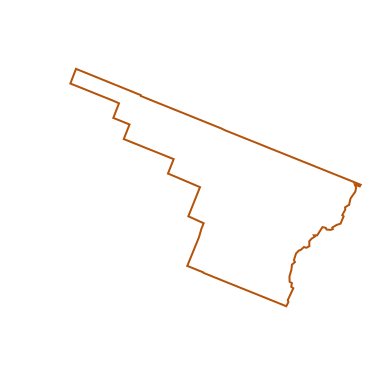 outline of Deschutes, Oregon, United States of America, rotated 202°
{"feature_id": "52423323B1877427003284", "entity_name": "Deschutes", "entity_type": "district", "adm_level": 2, "iso_a3": "USA", "parent_name": "United States of America", "parent_adm1": "Oregon", "projection": "robinson", "projection_center": [-121.474, 44.002], "detail": "fine", "context": "isolated", "style": "outline", "palette": "amber", "viewbox_px": 384, "rotation_deg": 202, "n_neighbors": 0, "source": "geoboundaries", "source_scale": "gbopen_adm2", "svg_char_len": 927}
<svg xmlns="http://www.w3.org/2000/svg" viewBox="0 0 384 384"><g transform="rotate(202 192 192)"><path d="M168.7,121.7L151.4,121.7L151.0,121.3L61.8,121.4L61.4,126.1L62.7,127.7L62.0,140.7L64.5,141.3L65.2,144.9L67.9,145.4L70.0,150.2L70.7,157.1L72.1,162.1L70.3,165.6L72.0,167.1L72.5,174.0L70.9,177.9L69.6,178.8L67.6,182.9L65.1,183.1L62.9,185.7L64.8,190.3L63.7,193.4L61.4,196.7L62.7,197.5L59.7,198.7L57.9,208.3L54.6,208.9L53.2,207.6L49.3,208.8L47.6,210.3L48.6,211.6L45.6,215.6L42.4,218.3L42.3,226.3L44.0,226.8L43.3,233.1L44.3,235.1L42.4,237.9L41.5,238.8L42.6,245.5L40.7,253.6L41.5,257.5L43.8,259.8L38.6,260.0L38.3,261.9L136.0,261.7L184.5,261.6L188.7,261.9L275.4,261.8L275.7,262.6L345.7,262.7L345.4,247.0L298.7,247.1L292.9,246.9L292.7,231.2L275.2,231.2L275.1,215.5L221.3,215.6L221.2,200.1L186.4,199.5L186.3,168.1L169.5,167.4L169.5,161.4L168.6,152.9L168.6,145.0L168.7,121.7Z" fill="none" stroke="#b45309" stroke-width="2"/></g></svg>